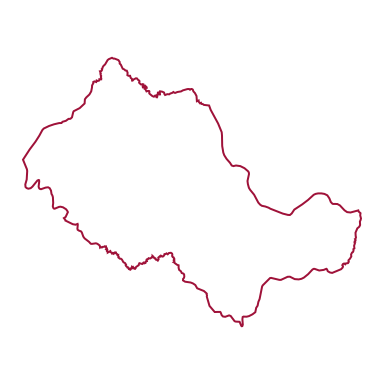 the district of Pho Sai, Ubon Ratchathani, Thailand
{"feature_id": "78962969B51244182519846", "entity_name": "Pho Sai", "entity_type": "district", "adm_level": 2, "iso_a3": "THA", "parent_name": "Thailand", "parent_adm1": "Ubon Ratchathani", "projection": "robinson", "projection_center": [105.326, 15.769], "detail": "fine", "context": "isolated", "style": "outline", "palette": "rose", "viewbox_px": 384, "rotation_deg": 0, "n_neighbors": 0, "source": "geoboundaries", "source_scale": "gbopen_adm2", "svg_char_len": 5914}
<svg xmlns="http://www.w3.org/2000/svg" viewBox="0 0 384 384"><path d="M23.0,159.7L26.9,169.2L27.2,171.0L26.7,179.5L25.3,184.4L25.5,186.9L25.8,187.3L26.7,188.1L28.3,188.7L30.6,188.2L32.4,186.7L37.4,180.5L38.6,180.0L39.1,180.2L39.2,181.7L38.6,186.5L38.9,187.8L39.6,188.8L41.0,189.2L45.6,187.6L47.1,187.4L48.1,187.3L49.7,188.2L51.0,190.6L51.5,193.9L52.4,195.5L52.9,197.2L53.2,203.0L52.8,206.3L53.3,207.9L54.0,208.6L54.7,208.7L59.0,206.9L60.5,206.7L63.0,207.3L66.0,209.2L67.1,210.6L67.9,212.1L65.6,217.0L63.9,218.1L65.6,220.3L65.5,220.6L72.8,224.2L75.5,224.7L77.6,223.9L77.8,224.6L77.4,228.8L77.7,229.8L79.1,230.7L80.9,231.3L81.8,232.4L83.3,236.6L84.6,238.4L89.0,241.8L90.7,243.7L91.9,243.9L95.9,243.3L97.4,243.8L99.7,245.5L100.1,247.6L100.9,247.0L101.9,247.5L102.6,246.9L104.5,246.7L104.9,246.3L105.3,246.7L106.0,246.5L106.2,248.1L106.7,248.1L106.9,248.6L106.2,249.3L107.2,249.8L106.8,250.9L107.3,251.7L108.0,251.7L107.9,252.5L110.3,251.1L110.6,252.2L111.6,252.6L112.1,253.6L112.7,253.2L113.3,253.6L113.4,253.0L114.0,253.1L114.4,252.7L114.8,253.1L115.5,252.4L115.9,252.5L115.8,253.1L117.1,254.1L117.4,255.0L118.2,254.9L118.1,255.9L118.7,256.7L118.4,257.5L119.9,258.7L120.8,258.7L121.9,259.5L123.4,262.2L125.2,263.2L125.6,264.3L126.0,264.5L125.7,265.3L126.3,266.3L126.9,266.6L127.4,267.5L127.9,267.4L128.0,267.8L128.6,268.1L128.8,268.9L129.7,268.7L129.8,269.5L130.4,269.7L130.8,269.2L130.6,268.6L132.0,268.1L132.1,267.8L131.6,267.7L131.9,266.9L132.2,267.3L132.8,267.0L133.1,268.3L133.6,268.3L133.2,267.7L133.5,267.5L134.5,268.7L135.0,268.9L135.7,268.1L135.7,267.5L136.3,266.8L138.7,265.2L138.8,264.4L139.4,263.2L142.2,264.0L143.4,262.7L144.1,263.4L145.4,263.0L145.4,261.9L146.2,261.6L146.3,261.0L146.9,261.0L146.6,259.6L147.3,259.1L148.0,259.1L148.6,258.2L150.1,258.5L151.3,257.8L152.1,256.7L152.5,256.9L152.5,255.9L153.4,256.7L153.5,257.6L154.2,257.7L155.2,258.8L155.5,258.6L156.0,259.7L156.6,259.7L157.8,260.6L158.6,259.3L158.3,257.6L159.8,256.3L160.2,256.7L160.7,256.6L161.0,255.7L162.8,256.6L164.0,255.6L164.5,254.1L165.3,254.2L166.5,253.4L167.7,254.3L169.0,253.0L170.9,252.8L172.1,253.6L172.4,255.0L172.1,255.9L172.8,257.2L173.5,257.3L174.3,258.7L174.3,259.5L173.9,259.3L173.7,260.2L174.3,260.6L174.4,261.4L173.8,262.0L174.4,262.1L174.5,262.9L177.1,264.8L178.6,265.3L178.6,267.8L179.1,269.8L181.0,271.4L181.7,273.0L183.4,273.6L184.1,274.4L184.3,276.6L184.0,277.8L183.1,278.9L183.0,280.4L185.1,281.7L190.6,282.5L192.9,283.4L195.3,285.0L197.2,288.3L203.9,291.0L206.5,293.3L206.8,293.7L206.6,294.4L207.0,295.3L206.8,296.6L209.5,305.9L214.7,312.0L220.1,311.9L220.6,312.3L221.7,315.2L223.0,316.5L225.2,316.8L229.1,315.4L230.7,316.0L234.6,321.2L235.8,321.6L239.6,321.8L241.2,325.7L241.7,326.2L242.3,326.1L242.8,324.7L242.4,319.2L242.7,317.0L243.4,316.6L246.6,316.7L249.0,316.1L252.5,314.3L255.3,312.2L256.2,307.8L257.6,305.7L258.4,301.8L259.6,299.0L262.1,286.5L262.7,285.4L270.0,278.1L271.1,277.9L279.5,279.9L280.9,279.9L287.6,276.8L289.9,276.7L294.7,279.1L298.7,279.4L301.5,278.8L303.9,277.6L308.1,274.2L312.5,269.5L313.6,268.9L314.7,268.9L319.2,270.5L323.7,269.9L326.3,268.8L327.0,269.3L327.7,271.1L328.2,271.5L330.0,272.5L332.2,272.9L341.1,269.2L342.7,267.5L343.0,266.2L342.3,265.2L342.9,264.1L344.1,263.5L345.2,264.3L345.7,263.5L348.0,263.1L348.8,261.8L348.4,261.0L348.6,260.1L349.9,258.8L351.3,256.5L351.1,254.4L352.1,252.5L352.8,252.2L353.5,250.8L353.4,249.1L354.4,248.4L354.1,245.8L354.9,243.4L354.5,242.6L354.6,241.7L355.2,241.7L355.1,240.8L355.6,240.1L355.0,239.1L355.5,238.8L356.0,237.2L355.7,236.3L355.5,232.7L357.3,228.4L359.3,226.7L360.1,225.0L359.9,221.5L360.5,220.3L361.0,218.5L360.2,215.3L360.5,213.2L358.6,211.5L358.3,210.4L350.5,212.5L347.1,212.1L344.5,210.3L339.9,205.4L337.3,204.0L332.9,203.9L332.3,203.6L330.8,202.0L329.4,198.4L327.3,195.3L324.4,193.9L321.4,193.4L318.1,193.4L315.6,193.9L313.7,194.8L308.0,200.0L302.2,204.4L294.3,209.6L291.7,213.5L289.9,215.0L287.9,214.9L282.8,213.6L270.3,208.7L268.6,207.7L265.3,206.5L261.9,205.8L260.2,204.7L258.3,202.6L254.1,194.7L250.1,189.8L248.9,187.8L247.9,184.1L247.5,181.0L249.0,174.0L248.8,172.4L248.1,171.3L244.5,168.2L240.3,166.1L236.0,165.5L233.4,166.1L231.7,165.5L230.0,162.8L226.5,158.8L224.3,155.3L223.3,152.6L222.2,146.0L222.0,135.6L221.7,132.2L218.1,123.5L210.7,109.9L209.1,105.5L203.9,104.9L202.8,104.1L201.5,103.9L201.0,102.8L200.0,103.3L198.7,101.7L198.6,100.5L196.9,101.2L196.5,96.0L194.9,93.0L193.4,91.4L192.8,89.6L191.8,89.0L191.0,89.0L190.0,89.7L189.1,89.0L187.3,89.1L182.8,90.4L181.1,91.4L177.4,92.0L175.2,92.9L174.3,92.7L173.4,92.0L172.0,93.0L170.3,93.5L169.3,94.3L167.2,94.2L165.1,95.0L164.4,94.0L164.1,92.6L162.3,91.7L160.0,91.3L159.8,91.9L160.0,94.4L158.8,94.5L158.8,93.0L158.4,92.5L157.9,92.6L157.7,94.2L156.9,95.0L157.3,96.6L157.0,97.3L156.4,97.2L156.1,95.9L155.6,95.5L155.0,95.6L153.9,96.7L152.4,96.1L149.6,93.8L149.2,93.1L149.4,91.6L149.2,91.1L148.0,90.9L146.5,91.4L145.4,89.3L144.6,88.8L144.9,88.0L146.7,87.9L146.7,87.3L145.2,85.8L143.6,87.4L142.9,87.4L142.7,86.4L143.6,85.1L143.5,84.4L142.8,84.1L141.2,84.6L139.4,83.1L139.1,82.5L139.5,81.5L139.3,80.7L138.0,79.8L136.9,78.4L135.9,78.3L133.7,79.4L132.6,80.6L132.1,80.6L131.9,78.8L130.7,77.9L130.1,75.8L128.5,75.8L127.4,75.2L127.6,72.7L126.8,70.7L125.4,70.5L124.4,69.5L122.7,68.7L120.8,64.6L119.7,63.6L119.7,62.0L118.4,60.1L114.6,58.6L113.4,58.6L112.0,57.8L108.7,59.2L107.6,60.1L105.1,64.4L103.5,65.9L102.7,67.2L102.3,68.6L101.8,69.0L102.1,69.8L101.4,71.0L100.0,71.3L100.5,72.4L100.3,73.0L100.8,73.6L100.5,74.7L101.2,76.0L100.8,77.0L101.3,78.3L101.2,79.3L99.4,79.2L99.4,80.1L99.2,80.5L97.7,81.0L96.6,80.5L96.2,82.0L94.3,81.4L93.2,82.1L93.4,83.0L92.1,85.4L92.0,87.4L91.2,91.4L89.4,94.5L86.2,97.5L84.9,99.3L84.6,103.5L79.7,108.1L73.7,111.2L73.2,112.2L72.0,117.3L70.8,118.5L70.0,118.9L68.5,118.9L65.9,120.8L62.5,121.8L61.5,123.0L59.0,123.1L54.0,124.3L49.0,126.0L43.8,128.5L42.4,130.0L39.3,135.7L35.4,141.8L29.7,149.4L23.0,159.7Z" fill="none" stroke="#9f1239" stroke-width="2"/></svg>